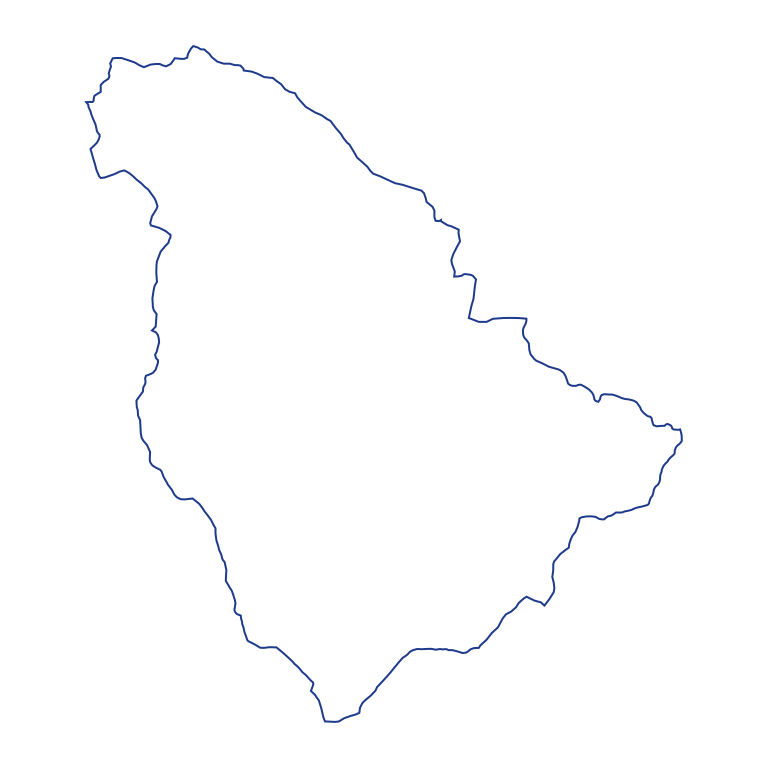 the district of Kabjisa, Punakha, Bhutan
{"feature_id": "84629894B81369433275324", "entity_name": "Kabjisa", "entity_type": "district", "adm_level": 2, "iso_a3": "BTN", "parent_name": "Bhutan", "parent_adm1": "Punakha", "projection": "albers", "projection_center": [89.724, 27.643], "detail": "fine", "context": "isolated", "style": "outline", "palette": "blue", "viewbox_px": 768, "rotation_deg": 0, "n_neighbors": 0, "source": "geoboundaries", "source_scale": "gbopen_adm2", "svg_char_len": 6042}
<svg xmlns="http://www.w3.org/2000/svg" viewBox="0 0 768 768"><path d="M526.4,318.7L519.7,318.1L511.2,317.9L503.6,318.0L492.9,318.8L486.5,321.9L478.9,321.9L468.8,318.0L471.4,306.0L473.5,298.8L474.9,286.0L476.0,279.4L474.2,277.4L472.9,275.8L470.9,274.9L467.9,274.4L465.0,274.1L463.7,274.3L461.8,275.7L458.4,276.4L454.2,276.6L454.8,271.5L452.0,264.0L451.3,260.2L453.4,253.8L457.1,246.6L460.0,241.4L458.5,233.3L458.7,229.7L451.8,226.5L447.3,225.1L441.1,221.3L441.0,220.0L439.0,221.1L435.6,220.8L434.4,217.1L434.4,210.7L432.6,206.9L426.6,202.0L425.7,198.2L424.0,193.2L421.4,190.6L412.7,188.0L402.6,184.8L394.8,183.1L380.1,176.3L373.2,173.7L370.6,171.1L367.4,166.8L363.6,163.3L357.0,157.5L355.5,154.6L349.4,144.5L347.1,142.7L343.7,138.4L340.8,133.8L335.8,128.0L330.6,121.0L326.9,119.0L321.7,115.3L315.0,112.4L305.8,106.9L300.0,100.5L297.1,97.0L295.1,93.3L289.6,91.8L285.0,89.2L281.2,84.3L276.3,80.8L272.9,78.0L264.2,77.1L257.9,73.9L251.8,71.6L243.7,70.5L243.4,68.7L240.5,65.6L237.4,65.1L234.8,65.1L229.9,63.7L223.8,63.7L217.3,61.6L211.7,57.1L209.4,53.9L205.6,50.7L204.4,49.5L200.7,49.3L197.8,47.5L193.2,46.1L190.9,48.7L188.3,53.3L187.7,55.1L187.2,57.7L184.0,58.9L181.4,58.9L174.8,58.2L172.5,61.6L170.7,64.0L166.1,66.3L162.7,65.4L159.8,64.0L155.7,64.0L150.5,64.6L143.9,67.2L139.3,65.2L135.0,62.6L130.3,60.9L121.4,58.0L116.2,58.0L112.7,58.3L110.2,63.5L111.0,66.4L109.6,70.5L108.7,73.4L109.3,75.1L109.3,76.8L108.2,78.9L103.8,81.8L100.7,85.0L100.7,91.9L95.7,94.9L94.5,95.8L93.8,98.0L93.6,100.7L92.6,102.0L89.8,101.9L86.2,102.1L88.3,104.8L88.5,107.0L90.6,111.6L91.5,115.0L93.4,119.6L95.4,124.2L96.3,127.9L96.7,130.2L97.6,132.5L99.6,134.8L99.6,136.6L98.9,139.1L97.0,142.6L94.9,144.8L90.5,149.0L93.4,159.1L94.8,163.5L96.4,169.8L99.1,176.2L100.7,178.0L104.7,177.5L114.5,174.1L119.7,171.6L124.4,170.4L129.4,173.2L133.5,176.6L136.7,179.7L141.6,183.6L144.9,186.9L148.2,189.5L154.4,198.1L155.9,201.2L157.5,206.3L156.4,209.2L152.0,216.3L150.2,223.1L150.9,225.4L159.3,227.9L165.9,231.2L169.0,233.8L170.5,234.7L170.5,237.1L169.0,240.4L168.5,242.7L164.8,246.6L160.6,251.7L158.9,256.2L156.9,261.5L156.5,265.0L156.3,273.0L157.0,281.9L154.6,285.9L153.5,291.0L152.4,298.5L152.8,304.9L152.8,306.5L153.7,310.0L156.6,314.2L155.7,326.6L152.0,330.5L156.0,332.4L158.0,335.3L158.8,338.8L159.1,342.4L156.7,351.7L155.1,354.8L156.0,358.1L158.0,360.3L158.0,362.7L155.6,369.8L153.0,372.7L151.2,373.8L145.9,375.8L145.1,378.4L145.5,380.9L145.3,383.7L143.3,387.4L142.9,391.6L140.9,394.3L136.5,400.5L136.5,402.7L136.8,407.1L137.7,410.0L138.1,415.7L140.1,420.1L140.3,423.9L140.8,433.5L141.7,437.9L143.4,440.8L147.0,445.0L150.1,452.0L149.8,457.8L149.9,461.3L150.7,463.1L152.5,465.5L155.6,467.5L160.4,469.9L161.7,471.7L163.7,477.1L166.2,481.5L167.9,484.6L171.9,489.9L174.3,494.5L175.9,496.3L177.0,497.4L180.7,499.2L184.7,499.4L192.6,498.5L199.4,504.0L203.0,508.9L204.5,511.3L207.8,515.5L210.9,519.7L213.3,524.5L215.5,528.3L215.5,533.5L216.4,540.3L218.4,546.7L219.1,549.8L221.3,554.7L222.2,558.5L222.9,560.0L224.6,562.0L226.4,570.2L226.0,575.7L225.8,580.8L229.7,587.5L231.7,590.6L233.0,594.1L234.8,599.9L235.5,603.4L234.4,610.0L235.1,612.0L236.8,614.0L240.8,615.6L241.0,618.0L242.1,622.2L242.3,624.2L243.4,627.3L244.5,632.1L245.9,635.9L247.2,639.9L248.3,641.2L251.8,642.9L255.4,644.8L260.2,647.7L263.7,647.9L269.4,647.2L276.5,647.4L282.4,652.3L288.1,657.4L292.3,661.3L294.8,664.2L297.0,666.0L299.4,668.4L302.3,672.1L305.8,675.0L310.2,679.9L313.1,682.6L313.3,684.4L311.7,689.0L310.9,691.0L312.9,692.8L315.3,695.2L316.4,697.0L318.8,700.3L320.4,705.4L321.2,708.0L323.5,717.7L325.0,721.4L334.9,721.9L338.8,721.5L344.4,718.1L351.1,715.8L355.7,714.5L359.3,712.9L360.0,707.8L362.3,703.2L364.9,700.5L370.9,695.5L375.4,690.7L377.1,687.1L383.4,680.4L387.8,675.5L390.6,672.3L394.4,667.6L398.7,662.4L402.7,657.8L406.8,655.1L409.9,651.9L412.8,650.2L417.1,649.0L421.7,649.2L427.5,648.9L431.8,648.9L435.6,649.7L440.1,649.0L441.7,649.3L443.7,649.3L445.1,649.1L446.8,649.3L448.5,650.1L452.2,650.1L456.4,651.1L462.5,653.0L465.9,652.7L468.4,651.2L470.5,649.3L473.9,648.1L478.8,647.9L480.3,645.5L486.4,639.9L492.0,632.8L498.0,627.3L502.7,618.4L506.0,614.3L511.1,611.6L516.0,607.3L518.7,603.0L523.6,598.6L526.5,596.7L529.7,598.3L534.5,600.6L541.0,602.4L544.4,605.6L549.4,599.1L553.7,592.2L554.4,588.1L553.7,582.7L552.3,576.8L553.2,570.6L553.3,564.1L554.0,561.7L560.4,553.9L565.6,549.9L568.8,547.7L569.2,544.2L570.8,539.3L572.6,535.4L575.4,532.0L577.4,527.3L579.1,521.4L579.5,518.4L581.6,517.3L585.9,516.5L591.3,516.3L595.6,516.9L599.2,518.9L602.1,519.4L604.3,519.3L605.2,518.3L608.0,516.3L609.5,516.0L610.7,515.8L612.3,515.1L616.0,512.5L618.7,512.5L620.2,512.6L622.7,512.3L624.7,511.4L627.6,510.9L629.6,510.4L631.7,509.8L634.8,508.3L637.0,507.6L638.6,507.3L643.7,506.1L647.7,504.9L649.0,503.5L649.4,501.6L650.0,499.6L650.6,498.2L651.2,497.2L652.2,496.0L652.9,494.3L654.0,489.5L654.8,487.7L655.7,486.5L657.5,485.1L659.1,482.8L659.5,481.6L660.1,479.1L660.1,477.3L660.4,474.6L661.4,472.1L661.8,470.0L662.2,468.7L663.7,465.6L665.7,463.3L667.1,462.0L668.4,460.0L670.0,458.0L673.9,454.5L674.5,453.6L674.7,452.3L674.8,450.3L675.8,447.7L676.6,446.5L678.1,444.9L679.5,443.9L681.8,441.0L681.7,435.8L681.2,433.1L680.1,429.4L678.1,429.8L673.6,429.5L672.2,428.5L672.0,427.3L671.0,425.6L669.3,424.8L667.9,424.0L666.2,424.3L664.6,425.8L661.0,425.9L656.5,426.3L653.7,425.2L653.0,424.0L651.4,417.8L650.3,416.8L647.7,416.1L646.3,415.1L643.6,412.9L641.2,410.0L640.0,407.0L639.1,405.9L636.8,402.5L634.2,400.9L631.8,400.1L628.7,399.4L625.1,399.0L622.1,398.2L616.6,395.9L612.6,394.6L608.8,394.5L604.4,394.2L601.7,395.0L600.7,396.3L600.0,399.3L598.3,401.8L595.6,400.9L594.4,399.5L594.2,397.8L593.6,396.1L593.3,394.7L591.7,392.2L588.5,389.1L584.0,386.3L581.1,384.8L579.2,384.7L575.6,385.9L572.3,385.8L569.9,385.0L568.1,383.6L566.9,379.9L565.7,376.5L563.8,373.0L561.0,370.8L558.7,369.5L549.1,366.8L542.4,363.4L536.1,360.6L534.2,358.9L530.6,354.4L529.3,349.9L529.1,346.6L528.8,343.3L527.0,340.7L524.1,337.3L523.2,334.8L522.9,330.3L523.5,327.8L525.7,323.6L526.4,321.0L526.4,318.7Z" fill="none" stroke="#1e3a8a" stroke-width="2"/></svg>